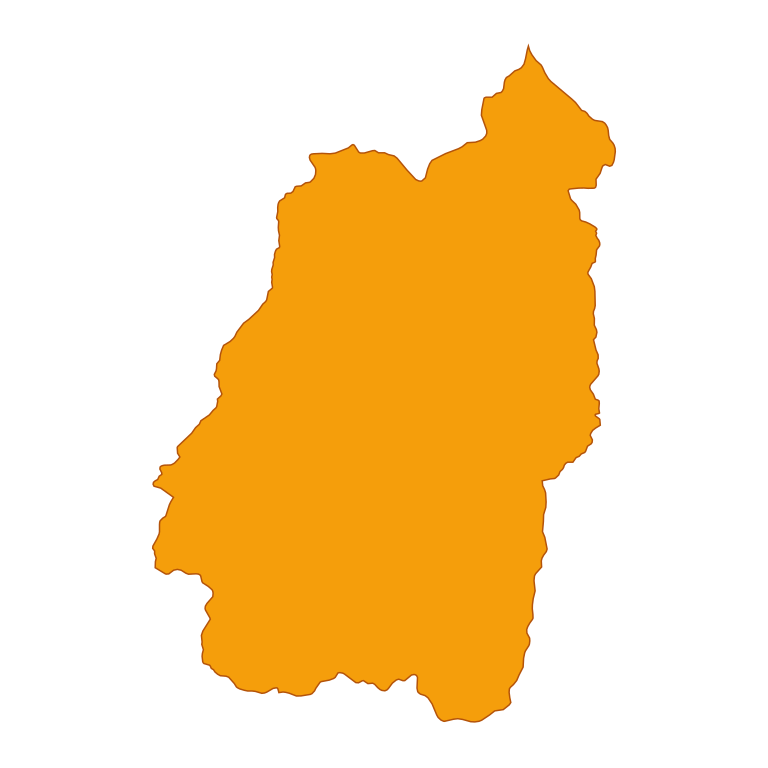 outline of Ban Luang, Nan, Thailand
{"feature_id": "78962969B2609342993216", "entity_name": "Ban Luang", "entity_type": "district", "adm_level": 2, "iso_a3": "THA", "parent_name": "Thailand", "parent_adm1": "Nan", "projection": "robinson", "projection_center": [100.45, 18.857], "detail": "fine", "context": "isolated", "style": "filled", "palette": "amber", "viewbox_px": 768, "rotation_deg": 0, "n_neighbors": 0, "source": "geoboundaries", "source_scale": "gbopen_adm2", "svg_char_len": 6104}
<svg xmlns="http://www.w3.org/2000/svg" viewBox="0 0 768 768"><path d="M510.8,702.5L509.8,697.8L509.1,692.3L509.4,688.8L510.4,687.3L513.4,684.6L516.7,680.5L519.1,674.9L523.1,667.1L523.6,658.2L524.7,652.7L525.5,650.8L528.8,645.7L529.4,644.1L529.8,640.9L529.6,638.1L526.9,633.1L526.7,629.6L527.7,626.7L529.8,623.0L532.5,619.3L533.0,618.1L532.9,614.4L532.3,608.8L532.4,604.9L533.2,598.7L535.1,590.9L534.0,580.7L534.5,575.8L535.7,573.6L541.6,567.0L541.3,560.8L542.0,558.2L543.6,555.2L546.3,551.6L547.1,549.0L544.8,537.3L542.5,531.7L543.4,521.4L543.6,514.6L545.8,507.4L546.1,502.0L545.6,492.9L544.6,489.7L542.7,485.7L542.2,480.8L550.4,478.9L554.5,478.5L555.5,478.0L558.7,475.0L560.0,471.6L562.5,469.3L563.6,467.5L564.3,465.2L565.8,463.3L567.6,462.2L572.9,462.2L576.1,457.6L579.2,456.3L581.3,453.9L584.7,452.5L585.6,451.3L587.5,446.2L591.2,443.8L592.1,442.4L592.4,439.9L590.2,435.4L590.6,433.7L592.6,430.4L595.7,428.0L600.3,425.2L599.8,419.5L599.3,418.8L595.5,416.0L595.1,415.0L595.5,414.3L599.0,413.4L599.5,413.0L598.8,408.7L599.3,403.4L599.1,401.0L598.0,400.1L595.3,399.2L593.4,394.2L590.4,389.9L589.7,387.5L589.9,385.9L590.6,384.3L597.9,375.9L598.8,374.2L599.2,371.3L598.9,368.9L596.9,363.2L597.1,360.8L598.2,358.4L598.1,354.8L596.0,350.0L593.5,339.7L595.9,337.1L596.9,332.3L596.4,329.6L594.3,325.2L594.4,318.5L593.3,313.8L593.5,311.3L594.6,308.6L595.2,305.6L594.9,291.4L594.3,286.6L591.3,278.7L588.1,274.3L587.8,272.9L588.1,271.8L590.8,266.9L592.1,263.4L595.1,262.0L595.4,261.5L595.3,258.5L596.1,255.0L596.6,249.8L599.5,245.9L599.8,244.5L599.7,242.8L598.8,240.3L597.2,238.2L595.8,235.4L596.6,233.2L595.6,231.2L596.8,229.6L596.7,228.6L595.3,227.2L589.7,223.8L585.7,222.0L581.7,220.9L580.4,219.9L579.8,218.6L579.7,212.5L579.2,210.1L575.8,204.2L571.9,200.5L570.6,198.9L568.1,190.7L569.3,189.1L571.5,188.8L578.6,188.1L584.0,188.0L588.0,188.3L594.0,188.2L594.9,187.8L595.6,187.2L596.2,185.2L596.0,179.2L600.1,173.4L602.1,167.3L602.9,165.8L605.2,164.5L609.7,166.2L611.9,165.4L613.5,162.2L614.2,159.7L615.3,151.7L615.1,148.4L614.1,145.2L612.9,143.1L609.7,139.4L608.7,135.6L608.2,130.4L607.6,127.7L606.1,124.9L604.7,123.1L602.4,121.6L594.7,120.4L592.4,119.2L588.8,116.0L587.1,113.4L585.8,112.2L584.8,111.4L581.6,110.4L575.5,102.5L571.7,99.0L550.9,81.5L548.3,78.6L544.8,72.7L542.4,67.2L541.1,65.0L536.1,60.6L531.9,54.8L529.7,50.7L528.4,46.1L527.3,49.8L525.5,58.9L524.0,64.2L521.4,67.7L518.8,69.4L514.8,70.9L509.3,75.8L506.4,77.5L505.1,79.7L504.4,82.1L503.6,88.6L502.3,91.2L501.0,92.5L496.4,93.4L492.1,97.2L486.0,97.2L484.4,97.9L484.0,98.5L481.8,109.7L481.4,115.3L486.7,130.3L486.8,133.2L485.7,136.0L482.7,139.2L480.2,140.6L475.4,142.2L467.2,142.7L462.1,146.8L458.5,148.7L445.6,153.6L432.0,160.4L429.7,163.8L427.6,169.1L425.4,177.8L421.9,180.9L420.9,181.2L418.7,180.9L415.7,179.5L407.0,170.1L397.1,158.2L394.1,155.9L388.5,154.6L384.6,152.8L378.5,152.8L374.8,150.5L372.5,150.7L364.4,153.0L360.3,153.0L358.7,152.1L354.3,145.2L353.0,144.6L351.9,145.0L348.4,147.9L335.3,153.1L330.0,153.8L322.2,153.4L313.4,153.8L311.5,154.1L310.3,154.8L309.7,155.7L309.4,157.5L310.1,160.1L315.1,167.4L315.6,169.0L315.8,170.7L315.5,174.5L313.9,178.3L310.5,181.8L309.6,182.3L305.5,182.9L301.2,185.9L296.5,186.3L295.2,186.8L293.0,191.5L290.7,193.2L287.3,193.3L286.2,193.7L285.4,194.6L284.6,197.8L279.7,200.9L278.7,202.5L278.1,204.3L277.7,207.4L277.8,211.6L276.6,217.6L276.8,218.6L278.4,220.5L278.7,221.7L278.3,227.3L278.5,230.7L279.5,235.3L278.8,240.6L279.7,246.4L279.4,247.6L276.5,249.2L275.5,251.0L274.5,254.4L274.6,257.6L273.1,262.3L273.2,265.0L271.8,269.4L271.6,271.6L272.2,274.6L271.7,277.1L272.1,279.3L271.7,282.3L272.5,287.1L272.4,288.1L268.4,291.4L266.7,299.8L265.7,301.5L262.8,304.1L258.5,310.4L248.9,319.3L243.6,323.2L236.9,332.1L234.9,336.4L233.5,338.3L230.1,341.5L223.6,345.4L221.6,350.2L220.4,354.5L219.7,360.3L216.8,363.8L216.5,368.6L216.1,370.8L214.3,374.4L214.7,376.2L217.8,378.8L218.7,380.0L219.0,381.8L219.1,386.6L221.9,394.0L221.0,395.8L217.4,399.1L217.7,401.3L216.7,406.6L216.0,407.8L213.2,410.3L209.3,415.0L200.9,420.7L199.3,424.3L195.6,427.6L191.7,433.2L177.6,446.6L177.2,447.6L177.6,453.3L179.9,457.0L178.2,459.3L174.5,463.1L172.0,464.5L170.5,465.0L164.2,465.2L162.1,465.7L160.6,466.5L160.1,467.1L159.9,469.1L161.7,472.7L161.8,474.4L159.2,476.2L157.7,479.5L155.1,480.9L153.5,482.3L153.1,484.2L154.0,486.2L160.7,488.1L173.5,497.3L170.8,501.8L169.4,504.7L165.9,515.7L165.4,516.5L162.8,518.1L160.2,520.7L159.7,522.1L159.5,524.5L159.5,531.8L159.1,534.0L156.9,539.0L152.9,546.1L152.7,548.4L154.6,550.9L154.6,553.8L156.2,558.3L155.4,561.6L155.2,567.7L165.1,573.7L166.1,574.1L168.8,573.9L173.6,570.2L177.4,569.4L181.1,570.2L185.9,573.2L188.5,574.2L196.1,573.8L198.5,574.1L200.2,575.1L200.7,576.0L202.0,581.6L202.7,582.8L208.3,586.4L212.1,589.8L212.8,591.3L213.1,593.2L212.8,596.7L207.0,603.4L205.4,606.1L205.2,607.4L205.1,608.7L205.5,610.1L209.8,617.7L210.3,619.2L202.9,631.0L201.4,635.4L202.1,642.0L201.8,644.4L203.4,649.7L202.4,653.4L202.1,656.3L202.7,661.5L203.1,662.6L203.9,663.5L209.6,665.2L210.3,666.1L211.3,668.4L213.5,669.7L215.0,672.0L217.6,674.2L220.3,675.7L226.1,676.2L228.7,677.2L234.3,683.5L236.4,686.9L237.4,687.7L239.7,688.9L244.4,690.3L247.8,691.0L252.2,691.0L255.4,691.4L261.8,693.3L264.5,693.0L266.8,692.1L273.1,688.4L276.3,687.8L277.2,688.0L277.9,688.9L278.9,692.6L283.0,692.0L285.6,692.3L289.2,693.2L296.4,696.0L301.0,695.9L310.3,694.4L312.0,693.6L314.6,690.8L315.8,688.3L320.1,682.2L321.3,681.6L329.3,680.1L333.6,678.5L335.2,677.4L338.0,672.9L339.7,672.6L342.7,673.1L344.3,673.9L355.8,682.6L358.5,682.8L362.3,680.8L363.4,680.6L367.9,683.6L372.7,683.2L374.7,684.3L377.7,687.6L380.0,689.5L381.9,690.4L384.9,690.8L387.0,689.9L388.3,688.6L392.4,683.1L396.4,679.9L398.7,679.2L403.0,680.7L404.8,680.6L411.5,675.0L414.1,674.5L415.5,674.8L416.7,675.7L417.5,677.5L417.0,688.1L417.7,691.5L418.3,692.5L420.4,694.1L425.1,695.6L428.0,697.8L432.1,703.9L436.7,714.9L438.1,717.4L440.9,720.0L443.5,721.2L444.6,721.3L453.6,719.2L457.8,718.7L462.5,719.4L470.7,721.7L474.8,721.9L479.0,721.3L481.7,720.2L489.5,715.0L494.7,710.9L503.3,709.6L509.3,704.8L510.8,702.5Z" fill="#f59e0b" stroke="#b45309" stroke-width="1.5"/></svg>